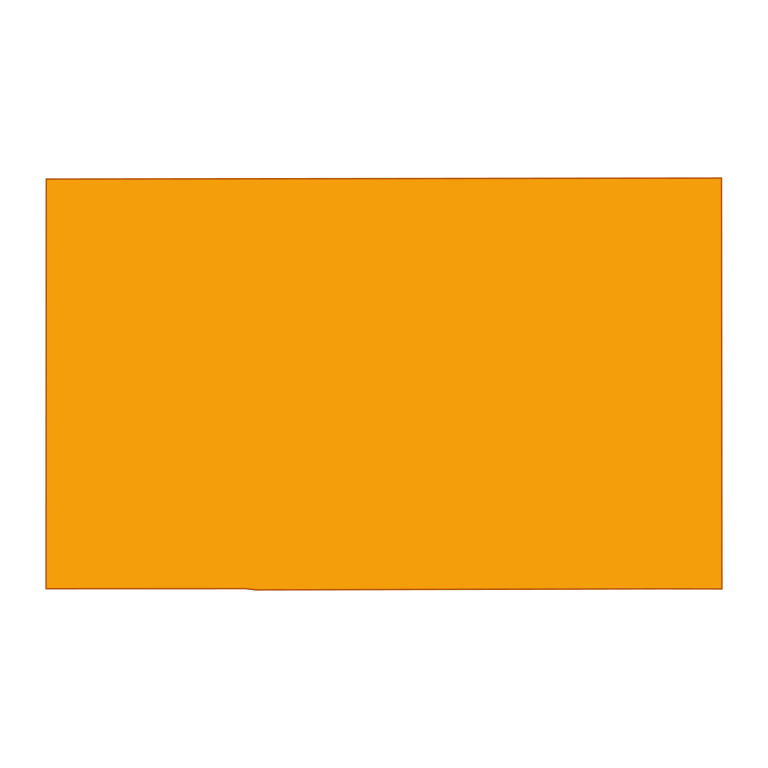 Andrews, Texas, United States of America
{"feature_id": "52423323B79543792390346", "entity_name": "Andrews", "entity_type": "district", "adm_level": 2, "iso_a3": "USA", "parent_name": "United States of America", "parent_adm1": "Texas", "projection": "robinson", "projection_center": [-102.679, 32.305], "detail": "fine", "context": "isolated", "style": "filled", "palette": "amber", "viewbox_px": 768, "rotation_deg": 0, "n_neighbors": 0, "source": "geoboundaries", "source_scale": "gbopen_adm2", "svg_char_len": 248}
<svg xmlns="http://www.w3.org/2000/svg" viewBox="0 0 768 768"><path d="M721.9,588.9L721.5,178.1L46.3,179.1L46.1,534.1L46.1,554.8L46.1,588.7L245.8,588.6L256.2,589.9L661.9,588.8L721.9,588.9Z" fill="#f59e0b" stroke="#b45309" stroke-width="1.5"/></svg>